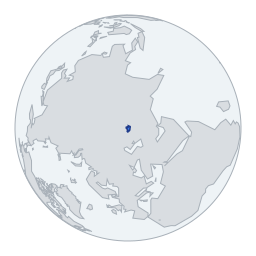 Bukhoro on an orthographic globe, rotated 238°
{"feature_id": "UZB-354", "entity_name": "Bukhoro", "entity_type": "Region", "adm_level": 1, "iso_a3": "UZB", "parent_name": "Uzbekistan", "parent_adm1": "", "projection": "orthographic", "projection_center": [64.255, 40.217], "detail": "fine", "context": "on_globe", "style": "filled", "palette": "blue", "viewbox_px": 256, "rotation_deg": 238, "n_neighbors": 0, "source": "natural_earth", "source_scale": "10m", "svg_char_len": 11410}
<svg xmlns="http://www.w3.org/2000/svg" viewBox="0 0 256 256"><g transform="rotate(238 128 128)"><circle cx="128" cy="128" r="113" fill="#eef3f6" stroke="#a8b0b8"/><path d="M138.2,15.8L140.3,16.1L142.4,16.3L146.7,18.5L156.5,22.6L161.9,24.0L158.9,23.9L170.7,26.8L177.5,30.3L168.4,26.4L166.4,26.1L170.3,28.4L169.1,28.6L170.2,29.9L168.4,30.1L163.2,28.1L161.9,28.3L164.8,29.9L164.8,31.3L160.8,28.9L160.3,31.2L151.5,28.9L142.4,23.3L136.1,23.2L122.8,20.8L122.6,21.6L117.4,21.6L115.2,22.7L113.4,22.2L113.2,23.5L115.3,23.7L116.0,24.5L114.9,25.2L112.3,24.6L112.5,24.2L111.2,24.4L110.4,23.8L110.2,24.5L107.2,23.9L108.5,25.6L104.8,26.1L103.3,25.4L105.6,24.0L107.9,19.9L107.1,19.3L103.6,19.5L92.5,22.7L90.7,22.8L86.7,24.0L86.7,24.5L89.8,23.8L88.7,25.2L92.7,24.4L92.9,25.0L96.0,25.1L93.2,26.7L88.7,28.3L85.9,28.5L83.8,29.3L84.6,30.7L77.5,32.7L69.7,37.3L68.1,37.8L68.5,35.7L73.3,31.6L73.8,29.9L71.1,32.8L67.2,34.4L65.6,35.5L64.4,36.7L64.9,36.8L63.1,37.9L65.1,35.1L66.8,34.1L66.1,34.9L68.4,33.1L69.7,31.7L67.7,32.9L69.5,31.8L76.4,27.9L83.7,24.5L91.1,21.6L98.7,19.2L106.5,17.4L114.4,16.2L122.3,15.5L130.3,15.4L138.2,15.8ZM141.4,16.2L143.6,16.5L140.5,16.1L139.3,15.9L141.4,16.2ZM148.0,17.6L146.2,17.3L146.4,17.1L147.3,17.3L148.0,17.6ZM166.1,25.1L163.8,24.0L166.4,25.0L166.1,25.1ZM170.7,30.1L171.7,30.4L171.9,31.0L170.7,30.1ZM97.4,24.2L96.7,24.6L96.5,24.4L97.4,24.2ZM99.4,23.9L99.6,23.4L100.6,23.1L100.4,23.5L99.4,23.9ZM169.3,31.9L169.2,32.9L168.4,31.5L169.3,31.9ZM98.9,24.7L102.3,22.8L104.0,22.5L105.0,23.7L98.9,24.7ZM168.6,33.2L168.6,36.0L170.9,36.7L164.4,36.4L166.6,34.0L165.2,32.1L167.2,33.2L168.6,33.2ZM116.5,23.5L114.2,23.3L117.1,22.9L116.5,23.5ZM118.2,23.1L126.3,21.4L129.1,22.3L125.8,22.6L130.3,23.4L127.7,24.7L124.7,24.6L123.3,23.7L123.4,24.9L118.2,23.1ZM160.8,35.9L160.1,36.4L159.9,35.5L160.8,35.9ZM116.4,24.7L117.8,24.2L120.4,24.9L118.1,26.1L118.0,25.5L116.4,24.7ZM132.7,23.1L134.2,24.0L132.5,25.2L132.9,25.8L127.9,24.9L132.7,23.1ZM116.9,25.7L116.8,26.7L114.6,27.1L115.3,25.3L116.9,25.7ZM122.0,24.6L123.1,25.1L121.7,25.2L122.0,24.6ZM106.8,29.3L108.4,28.4L109.9,28.7L106.8,29.3ZM117.0,27.1L117.7,27.0L118.5,27.1L118.0,27.8L117.0,27.1ZM127.0,25.9L126.0,26.3L129.0,26.3L127.8,27.4L124.7,26.6L125.6,27.4L125.2,27.7L123.1,26.8L127.0,25.9ZM119.9,28.9L115.5,28.5L112.2,29.9L110.8,29.6L116.3,27.5L119.9,28.9ZM121.9,27.7L120.3,28.3L119.4,27.6L119.9,26.7L121.9,27.7ZM128.2,28.4L130.8,27.0L131.3,27.2L128.2,28.4ZM119.1,29.4L120.2,29.5L119.0,29.5L119.1,29.4ZM125.6,28.8L126.4,28.2L127.1,28.5L125.6,28.8ZM121.6,30.2L120.2,30.0L120.5,29.4L121.6,30.2ZM123.6,29.7L124.3,30.2L121.5,29.3L123.8,29.3L123.6,29.7ZM126.1,29.2L126.7,29.2L125.6,29.4L126.1,29.2ZM121.2,32.8L117.6,31.8L118.3,30.3L121.7,31.5L121.2,32.8ZM19.5,135.2L20.2,116.1L22.4,112.8L24.7,106.2L42.0,97.7L43.6,102.2L54.9,109.2L55.9,111.2L52.3,115.8L59.0,128.9L63.8,126.2L72.1,134.8L79.0,137.5L85.4,128.1L74.1,123.5L74.4,117.5L85.2,116.9L95.5,121.2L95.9,119.0L91.3,112.3L95.5,109.5L89.9,109.7L90.8,112.4L87.3,112.7L86.3,110.3L87.8,109.3L85.3,107.2L78.6,112.8L78.7,116.2L70.9,113.9L70.4,119.4L67.6,120.6L67.4,111.8L68.8,109.3L66.8,98.3L64.5,100.6L66.3,111.3L64.9,109.7L61.9,113.3L63.1,109.3L61.7,97.4L55.9,94.9L45.2,100.0L42.5,98.0L41.8,93.3L49.0,84.3L54.2,89.8L56.8,87.1L58.6,80.7L60.1,83.1L61.5,81.3L63.7,83.2L69.7,81.4L72.4,82.9L77.5,78.0L79.5,78.3L76.0,81.0L74.9,83.9L82.0,88.2L84.2,87.7L86.9,84.3L88.5,86.1L90.2,82.3L95.6,83.2L90.5,79.0L93.5,75.3L98.3,73.8L98.3,72.0L90.6,74.5L88.4,76.3L88.0,78.9L81.0,83.5L78.0,83.1L81.8,75.7L77.9,74.3L82.5,69.5L100.5,65.0L106.6,65.5L111.0,74.2L108.0,76.0L104.9,73.8L105.3,79.3L106.4,77.2L107.8,78.8L111.0,76.0L112.1,77.0L113.4,72.8L115.1,73.7L114.3,76.4L120.6,73.6L124.9,74.9L125.8,73.8L125.5,72.3L131.1,75.3L131.5,74.3L129.8,73.0L129.6,70.3L131.3,66.8L133.1,68.1L132.7,69.5L134.8,74.4L133.5,78.2L134.5,78.4L136.0,75.4L133.5,69.3L134.0,66.9L135.6,69.6L135.1,68.4L135.9,67.6L138.5,68.1L136.9,65.1L143.5,55.8L149.1,56.1L149.8,59.2L156.3,54.9L162.1,56.1L160.6,54.8L162.6,52.2L160.9,51.7L160.3,50.9L164.8,44.8L167.3,44.5L167.5,40.9L166.7,40.3L164.8,40.2L164.4,36.4L170.9,36.7L172.4,38.0L175.5,37.6L178.4,40.8L182.3,43.5L183.8,47.7L186.7,49.7L187.6,49.3L192.2,51.9L198.8,59.1L189.7,54.9L179.1,45.7L183.1,49.5L181.1,49.2L181.8,51.0L184.7,53.7L185.8,53.6L184.7,62.1L189.5,71.5L191.8,68.8L195.2,69.9L202.8,79.7L205.3,98.1L209.9,100.9L211.4,103.9L210.2,107.4L208.0,103.1L205.1,103.1L204.0,100.4L201.4,105.0L199.7,101.2L198.4,106.9L200.9,109.1L203.9,106.2L203.6,113.1L209.0,115.9L211.6,121.8L209.4,136.3L204.1,143.2L204.2,145.3L201.0,144.6L198.4,150.1L205.6,158.0L205.9,161.0L200.9,169.5L200.5,167.4L192.2,165.4L191.7,173.0L198.1,176.2L200.3,181.8L195.9,181.8L193.5,176.9L190.5,176.0L190.5,169.7L186.5,161.4L182.0,164.8L181.6,160.9L175.4,154.4L168.5,158.9L158.0,171.7L157.8,181.4L153.6,186.2L145.5,173.3L143.3,163.7L139.4,164.9L131.8,156.7L115.9,155.7L114.5,152.9L111.3,153.8L106.0,150.5L104.2,145.8L100.6,145.5L105.8,157.9L109.7,158.2L114.1,154.3L114.8,158.4L119.9,162.4L111.2,171.1L89.0,175.5L88.3,167.9L78.9,143.3L80.0,141.1L80.0,140.8L80.0,140.3L77.6,143.7L76.5,138.8L80.0,155.7L79.9,162.1L88.7,175.9L87.5,176.7L90.8,179.8L102.9,179.4L102.7,181.7L96.1,191.2L80.5,200.7L83.4,209.5L83.7,215.6L75.9,216.7L78.5,221.3L74.7,221.1L75.7,223.2L73.8,224.0L69.9,223.3L61.1,218.2L59.0,216.1L52.3,209.6L42.3,195.0L42.8,191.1L41.4,186.0L35.2,170.9L36.5,165.6L35.2,161.6L32.4,159.7L31.1,154.8L29.5,153.0L21.0,143.6L19.5,135.2ZM33.7,105.2L32.6,107.0L33.7,105.2ZM104.8,131.2L111.9,133.0L111.3,125.6L113.9,125.8L112.7,123.3L111.2,125.1L108.6,118.5L112.6,117.1L113.0,114.0L110.7,113.3L103.8,117.0L107.4,126.3L104.7,128.7L104.8,131.2ZM67.1,34.6L66.9,34.8L65.4,36.0L65.6,35.6L67.1,34.6ZM62.1,40.9L59.3,42.5L61.4,41.0L61.1,40.6L65.2,37.1L67.5,37.9L65.7,38.1L62.1,40.9ZM71.2,33.1L68.4,35.0L71.4,32.9L71.2,33.1ZM66.8,70.4L66.6,72.4L64.4,73.9L61.0,72.6L64.2,70.4L66.8,70.4ZM66.9,75.0L71.6,68.4L73.9,69.2L71.8,69.8L72.9,71.0L69.8,72.4L67.5,79.8L65.3,81.7L60.2,77.9L63.0,78.0L63.0,75.9L66.9,75.0ZM79.5,52.6L81.5,50.4L83.9,54.8L81.7,56.4L78.1,55.0L78.6,52.4L79.5,52.6ZM99.9,27.4L100.6,26.7L101.3,26.8L101.3,27.4L99.9,27.4ZM107.5,28.8L97.9,30.6L98.1,29.8L92.2,32.1L90.6,31.0L94.4,29.6L88.8,30.6L91.6,28.9L87.7,29.9L96.5,26.7L98.8,25.4L96.8,27.2L98.3,28.2L99.6,28.2L105.1,27.3L110.8,25.3L113.2,26.1L113.3,27.2L112.3,27.8L111.1,27.0L110.6,28.4L108.1,27.8L107.5,28.8ZM113.8,43.5L112.8,41.7L111.4,45.6L108.9,44.5L108.9,45.0L106.1,45.1L102.8,46.3L102.0,45.5L101.1,46.3L99.3,46.5L97.7,47.4L95.7,46.4L93.6,47.4L93.8,46.4L90.8,48.5L92.1,46.5L89.9,46.8L89.8,48.6L82.6,42.4L78.6,41.8L74.5,42.5L77.3,39.3L83.0,36.8L89.5,35.4L93.0,36.6L93.7,35.1L95.5,35.3L94.2,36.4L97.3,34.9L98.5,35.4L104.3,34.9L108.1,32.6L110.3,32.5L109.4,33.6L112.3,32.7L112.1,34.9L113.7,34.9L115.1,37.1L112.5,39.5L114.5,39.4L115.7,41.2L113.8,43.5ZM121.5,33.5L119.0,36.3L116.3,37.2L114.9,33.0L113.5,32.7L112.5,30.3L116.3,29.1L116.3,29.9L117.1,30.4L115.6,30.5L117.4,30.8L117.4,31.9L118.8,32.4L117.6,33.2L121.5,33.5ZM58.5,110.4L59.5,111.4L61.5,112.5L59.6,114.9L58.5,110.4ZM57.4,102.3L58.5,102.7L56.8,106.3L55.8,105.3L57.4,102.3ZM60.6,99.9L58.7,102.4L59.1,100.5L60.6,99.9ZM77.2,81.3L78.6,81.6L78.2,82.6L76.7,83.4L77.2,81.3ZM109.2,55.5L109.0,54.2L109.8,54.0L111.7,51.1L113.7,51.8L113.4,53.8L109.2,55.5ZM82.7,129.2L79.8,130.4L79.2,129.0L80.3,128.9L82.7,129.2ZM68.5,122.7L71.1,125.5L68.0,123.3L68.5,122.7ZM111.7,55.8L112.2,54.5L112.9,55.7L111.7,55.8ZM115.3,52.2L116.3,53.3L114.2,51.6L115.3,52.2ZM133.7,240.5L134.1,240.5L135.5,240.4L133.7,240.5ZM102.1,218.7L97.9,227.3L92.7,226.2L90.6,223.2L91.3,217.7L96.9,217.1L99.4,214.6L102.1,218.7ZM218.7,183.7L220.5,182.4L220.4,182.8L218.7,183.7ZM216.8,184.1L219.1,182.4L216.2,185.2L216.8,184.1ZM219.9,181.7L222.2,179.0L223.2,177.6L223.0,178.5L219.9,181.7ZM215.2,185.4L205.6,191.4L201.5,192.7L202.7,190.8L209.2,187.4L215.2,185.4ZM202.3,190.9L195.9,190.1L185.8,181.8L189.5,180.7L199.8,183.9L199.2,185.4L203.0,186.7L202.3,190.9ZM217.1,174.7L216.4,178.8L211.3,182.0L208.9,182.9L207.2,179.1L208.2,176.0L210.2,174.9L217.2,161.2L219.8,161.5L217.9,166.8L220.0,168.6L217.1,174.7ZM158.4,182.2L161.4,187.3L159.1,188.6L158.4,182.2ZM219.2,152.8L216.9,158.9L218.7,151.7L219.2,152.8ZM219.8,146.6L220.3,148.5L218.9,147.5L219.8,146.6ZM204.9,148.2L202.7,150.0L202.3,148.5L204.8,145.5L204.9,148.2ZM213.6,126.8L215.0,131.3L215.1,133.1L213.5,131.0L213.6,126.8ZM129.8,61.7L124.9,64.8L122.8,67.8L123.6,70.7L120.3,68.1L123.7,63.4L129.8,61.7ZM141.6,56.3L140.8,54.1L142.5,54.4L142.9,54.9L141.6,56.3ZM140.1,55.5L136.6,54.1L137.0,52.4L139.7,53.8L140.1,55.5ZM124.0,54.6L122.4,55.4L121.9,54.4L124.0,54.6ZM202.3,212.7L200.2,214.4L202.6,212.1L204.4,208.6L205.3,208.0L207.1,204.5L216.5,194.7L223.9,182.9L226.9,179.5L230.5,171.2L233.0,167.4L231.0,172.8L231.9,171.4L228.3,179.2L224.2,186.6L219.5,193.7L214.2,200.5L208.5,206.8L202.3,212.7ZM233.9,166.3L236.4,158.5L236.0,160.1L233.9,166.3ZM223.2,179.9L226.1,174.7L227.4,173.1L223.2,179.9ZM238.2,151.2L238.1,151.3L236.9,156.4L234.8,161.2L235.6,158.3L235.6,156.4L232.7,160.5L232.1,159.8L233.4,156.8L231.1,158.7L233.7,154.4L234.4,156.4L235.8,151.6L237.5,148.6L238.8,146.0L239.3,145.4L239.0,147.2L238.9,147.5L238.2,151.2ZM233.1,162.1L233.5,161.5L233.1,163.1L233.1,162.1ZM239.6,143.4L239.5,144.1L239.9,140.5L239.6,143.4ZM240.3,136.8L240.3,136.7L240.4,135.9L240.3,136.8ZM228.0,166.0L227.8,167.1L227.1,167.2L228.0,166.0ZM229.0,164.2L231.1,162.6L228.8,165.3L229.0,164.2ZM221.3,168.4L222.1,170.1L224.6,166.3L222.7,170.2L224.1,172.4L223.4,174.4L222.1,171.8L221.1,176.6L220.0,177.5L219.6,174.4L220.9,168.9L222.0,166.0L226.5,161.1L221.3,168.4ZM229.1,161.4L228.5,159.3L228.9,157.0L229.6,157.7L229.1,161.4ZM226.2,154.6L224.0,153.0L222.4,155.8L225.2,148.0L226.9,150.8L226.2,154.6ZM223.7,148.7L222.3,151.3L223.5,147.1L223.7,148.7ZM221.7,150.6L221.1,148.4L222.5,147.6L221.7,150.6ZM224.6,148.1L224.1,143.8L225.2,145.5L224.6,148.1ZM219.5,143.5L223.1,145.0L219.1,146.5L217.0,138.8L218.6,137.3L219.5,143.5ZM216.3,103.7L214.9,101.7L215.8,99.9L216.5,101.8L216.3,103.7ZM217.4,92.9L215.6,98.8L213.9,103.9L215.3,104.0L216.5,108.6L213.4,106.3L213.3,100.0L214.9,96.9L213.4,93.3L213.6,89.4L210.9,85.8L210.4,83.3L213.3,85.7L217.4,92.9ZM209.7,84.4L205.1,77.4L207.5,75.9L209.1,77.1L210.2,80.8L208.8,81.4L209.7,84.4ZM204.7,75.4L203.3,75.9L193.7,68.5L192.3,66.6L200.9,71.1L200.1,71.9L202.0,74.1L204.7,75.4ZM161.2,36.9L160.2,36.4L161.3,36.4L161.2,36.9ZM159.2,50.8L158.6,49.6L160.0,49.5L159.2,50.8ZM157.6,46.6L156.5,47.5L156.9,46.0L157.6,46.6ZM154.2,49.6L155.7,47.6L155.4,50.3L154.2,49.6Z" fill="#d9dde1" stroke="#a8b0b8" stroke-width="1"/><path d="M127.9,130.5L127.5,130.3L127.3,130.1L127.2,130.0L127.1,129.9L126.9,129.7L126.6,129.4L126.1,129.1L125.9,128.9L125.7,128.7L125.4,128.5L125.3,128.4L125.2,128.2L125.3,128.1L125.2,127.9L125.2,127.7L124.9,127.4L125.2,127.0L125.3,126.8L125.2,126.7L125.0,126.4L125.3,126.3L125.3,126.2L124.9,125.7L125.5,125.5L125.9,125.9L126.1,126.3L126.3,126.4L126.5,126.4L126.7,126.6L127.1,126.8L127.2,127.0L127.4,126.9L127.5,126.8L127.6,126.6L127.8,126.6L127.8,126.8L128.3,126.9L128.3,126.7L128.6,126.7L128.8,126.6L128.8,126.8L128.9,127.0L129.0,127.0L129.6,127.0L129.6,127.3L129.4,127.6L129.3,127.8L129.1,127.8L129.1,127.7L128.9,127.7L128.9,127.8L128.9,128.0L129.0,128.1L128.9,128.1L128.8,128.3L128.7,128.3L128.6,128.5L128.6,128.8L128.8,128.9L129.1,129.0L129.2,129.3L129.3,129.3L129.3,129.5L129.1,129.7L128.9,129.8L128.9,130.0L129.0,130.0L128.7,130.2L128.4,130.3L128.2,130.5L128.1,130.4L127.9,130.5L127.9,130.5Z" fill="#3b82f6" stroke="#1e3a8a" stroke-width="1.5"/></g></svg>